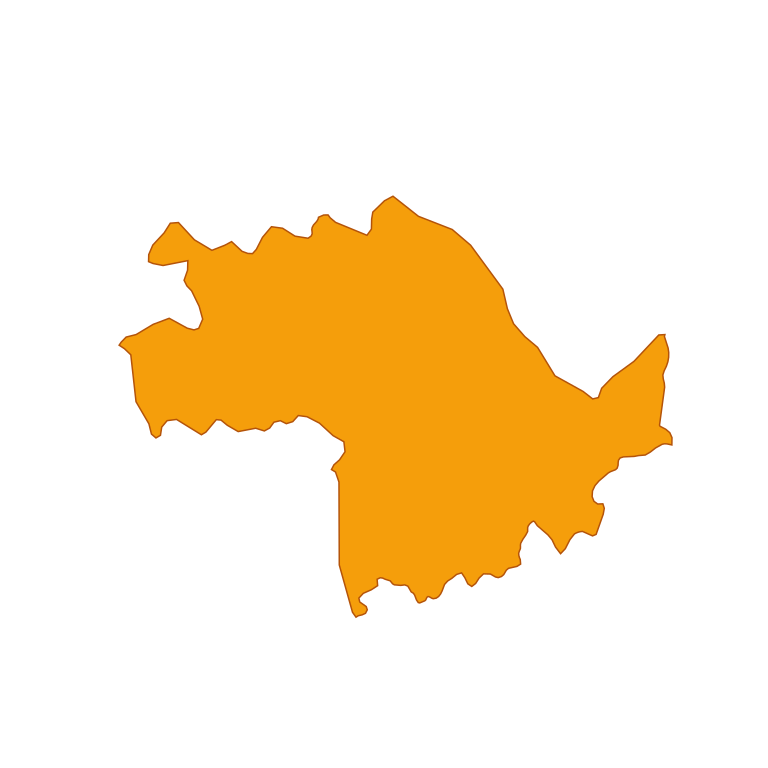 Kermanshah, orthographic projection, rotated 216°
{"feature_id": "IRN-3239", "entity_name": "Kermanshah", "entity_type": "Province", "adm_level": 1, "iso_a3": "IRN", "parent_name": "Iran", "parent_adm1": "", "projection": "orthographic", "projection_center": [46.364, 34.459], "detail": "fine", "context": "isolated", "style": "filled", "palette": "amber", "viewbox_px": 768, "rotation_deg": 216, "n_neighbors": 0, "source": "natural_earth", "source_scale": "10m", "svg_char_len": 3123}
<svg xmlns="http://www.w3.org/2000/svg" viewBox="0 0 768 768"><g transform="rotate(216 384 384)"><path d="M267.6,193.5L264.8,191.5L264.2,187.6L266.0,184.4L268.6,181.4L269.6,178.9L275.3,180.8L313.8,211.3L362.8,278.2L371.5,284.3L376.2,283.9L377.0,289.2L375.4,296.5L375.7,306.3L382.5,313.7L394.8,312.3L413.2,314.4L427.0,312.3L434.8,308.1L435.7,299.9L439.7,294.5L446.3,293.4L450.6,288.4L450.6,281.2L453.2,275.7L461.8,272.8L474.0,259.8L486.6,258.5L494.6,259.0L498.7,256.6L499.8,240.4L501.9,235.6L531.0,233.4L537.9,226.9L538.5,218.5L534.7,211.1L536.8,206.3L542.7,206.8L550.8,213.6L574.2,223.9L606.0,258.8L614.8,260.0L621.1,259.7L621.2,263.4L620.2,270.4L613.6,278.3L605.8,296.6L596.4,310.9L576.0,313.5L569.5,316.1L566.6,320.1L568.8,329.9L579.2,338.2L594.4,346.3L601.1,347.5L606.7,350.4L609.8,360.6L615.2,368.5L632.4,350.0L641.7,345.7L646.4,344.6L650.4,350.4L652.7,360.5L650.7,377.0L651.4,388.5L645.2,393.8L622.1,389.2L601.8,391.0L594.4,402.6L591.0,409.6L576.8,407.9L570.9,409.6L567.0,412.2L566.4,417.8L568.5,431.2L567.5,445.1L557.6,450.4L542.9,451.3L531.1,457.3L529.9,460.9L530.4,463.3L531.7,464.9L533.1,466.4L534.1,468.4L534.5,471.2L534.0,475.9L534.2,478.6L535.0,480.4L532.1,485.3L528.6,487.9L525.2,486.8L518.2,486.3L485.2,494.3L485.2,501.9L491.0,510.3L494.1,516.5L491.3,532.6L487.1,541.2L454.7,539.9L419.6,549.1L395.5,547.2L343.6,530.6L328.4,517.4L314.6,508.9L297.9,505.1L281.3,503.9L250.5,491.1L218.5,495.0L206.4,494.6L202.6,499.0L205.4,508.5L203.1,524.5L195.1,549.2L190.5,585.2L185.8,589.1L185.0,587.2L175.3,580.1L172.2,576.9L169.4,572.9L167.4,568.8L166.0,564.4L165.1,559.4L163.7,555.2L161.0,552.2L157.8,549.5L155.1,546.4L137.0,512.8L136.6,512.4L136.2,512.2L135.6,512.1L129.5,513.0L124.2,512.6L119.5,509.9L115.3,503.9L119.8,501.9L121.8,500.6L123.5,498.8L126.7,491.9L128.5,485.6L130.9,480.1L136.0,475.7L139.0,472.5L147.4,465.8L149.5,463.0L149.5,460.2L148.4,458.1L146.9,455.9L145.9,453.0L146.3,450.8L149.3,446.1L150.3,443.8L153.1,431.9L153.6,425.8L152.5,420.1L149.4,415.2L145.2,412.5L140.6,412.5L136.5,415.7L132.7,412.9L130.1,407.5L124.0,387.0L126.0,383.7L136.8,381.4L138.3,380.0L139.6,378.5L140.8,376.7L141.8,374.7L142.1,367.4L140.5,357.3L141.4,350.5L149.4,352.9L156.4,356.7L162.7,358.3L176.7,359.5L181.2,361.1L182.5,360.9L183.3,359.3L183.9,356.6L183.9,354.0L183.4,352.3L181.1,349.1L180.5,344.9L180.4,340.2L179.8,335.5L178.9,333.8L177.9,332.5L176.9,331.0L176.3,328.4L175.6,326.3L174.1,324.5L172.3,323.1L170.6,322.1L167.6,318.6L169.2,314.6L174.9,308.1L175.6,305.3L175.1,300.2L175.8,297.3L177.8,294.5L180.4,293.4L186.2,292.8L191.9,288.9L193.0,282.9L192.6,276.5L194.0,271.8L198.7,271.6L202.3,273.5L204.7,274.8L210.2,276.8L213.3,272.7L214.9,266.6L216.7,262.1L217.2,257.4L215.4,250.9L214.8,247.5L214.9,244.2L215.9,241.4L218.0,239.2L219.4,238.8L222.2,238.5L223.5,237.9L223.9,236.7L223.3,233.7L223.6,232.5L226.4,227.9L227.8,227.3L230.8,228.4L235.1,231.2L237.2,232.0L239.8,231.8L245.9,234.5L249.1,233.7L252.1,230.9L257.6,227.6L259.6,227.4L263.3,228.4L268.4,226.7L271.0,226.2L273.2,225.0L274.8,222.0L270.6,217.1L273.3,210.1L277.7,202.5L278.5,196.0L275.5,193.4L267.6,193.5Z" fill="#f59e0b" stroke="#b45309" stroke-width="1.5"/></g></svg>